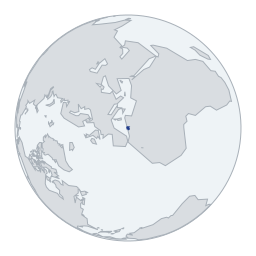 Médéa highlighted on a globe, orthographic projection, rotated 269°
{"feature_id": "DZA-2213", "entity_name": "Médéa", "entity_type": "Province", "adm_level": 1, "iso_a3": "DZA", "parent_name": "Algeria", "parent_adm1": "", "projection": "orthographic", "projection_center": [2.97, 35.965], "detail": "fine", "context": "on_globe", "style": "filled", "palette": "blue", "viewbox_px": 256, "rotation_deg": 269, "n_neighbors": 0, "source": "natural_earth", "source_scale": "10m", "svg_char_len": 9840}
<svg xmlns="http://www.w3.org/2000/svg" viewBox="0 0 256 256"><g transform="rotate(269 128 128)"><circle cx="128" cy="128" r="113" fill="#eef3f6" stroke="#a8b0b8"/><path d="M58.5,39.4L59.7,38.4L68.5,33.1L65.6,35.0L68.1,33.8L71.9,31.4L73.8,30.2L87.5,25.0L100.7,20.5L103.3,19.1L103.9,19.6L107.9,17.4L114.1,16.2L108.0,17.6L108.1,17.8L112.8,16.9L113.9,17.0L116.8,16.8L117.7,17.1L114.1,18.1L114.6,18.5L117.8,17.8L120.8,18.0L115.9,18.8L120.6,19.3L115.4,21.8L101.6,24.8L99.6,27.5L87.8,34.4L89.8,34.4L86.5,37.4L87.6,38.7L85.1,39.9L88.1,39.9L90.2,38.6L92.2,38.2L93.0,38.9L89.9,40.5L89.1,40.3L88.6,41.2L86.7,41.7L88.1,41.8L84.3,43.8L89.3,43.0L87.2,45.5L84.4,46.5L83.2,44.9L73.7,44.3L70.4,45.4L67.1,48.2L63.9,56.3L60.9,58.3L58.0,62.1L60.3,61.5L63.4,58.4L66.9,58.6L70.3,55.1L72.2,54.8L76.3,52.0L77.3,54.2L76.0,57.8L72.7,60.3L72.0,62.1L76.5,61.3L71.5,67.7L70.4,75.5L69.0,77.1L63.8,77.1L60.6,72.8L53.9,73.9L59.8,75.1L56.1,79.7L56.1,81.4L57.2,82.4L59.3,81.5L58.3,83.6L52.1,82.9L52.9,81.0L54.8,81.1L53.3,79.3L49.1,79.3L47.5,81.9L42.8,80.2L41.7,82.1L40.0,83.0L42.2,79.9L38.1,85.5L32.4,86.0L26.8,96.1L30.6,85.8L30.9,82.5L30.7,79.6L29.7,81.2L30.9,76.0L29.6,75.5L25.8,81.7L22.7,88.9L21.7,93.7L23.0,91.8L23.2,94.5L19.7,100.9L19.6,108.0L17.6,114.1L17.1,119.2L17.9,121.2L18.4,125.9L19.9,124.1L21.9,125.4L20.7,130.9L22.7,127.8L23.2,132.3L27.8,138.7L27.2,139.4L30.9,151.3L36.8,159.8L38.1,165.1L37.3,166.8L39.7,169.5L39.8,171.1L51.4,180.9L58.7,188.4L59.4,193.7L55.1,196.8L55.5,206.3L49.0,204.4L50.3,207.6L50.2,209.4L46.6,205.8L41.1,199.7L36.2,193.2L31.7,186.4L27.7,179.2L26.5,176.9L24.4,172.2L21.0,163.3L16.6,144.4L16.4,140.6L16.0,136.7L17.3,133.2L17.9,124.9L17.7,122.3L16.9,123.6L17.1,113.8L18.4,106.5L23.3,86.5L26.7,78.7L30.7,71.2L35.3,64.0L40.4,57.2L46.0,50.8L52.0,44.9L58.5,39.4ZM25.0,99.0L25.0,110.2L23.4,107.1L24.0,106.9L24.4,103.3L24.5,98.5L23.6,96.2L25.0,99.0ZM28.6,96.7L28.4,95.2L28.8,96.3L28.6,96.7ZM74.5,29.8L71.9,31.4L68.0,33.7L70.1,32.2L74.5,29.8ZM82.0,26.2L81.1,26.9L78.4,27.7L79.8,27.1L82.0,26.2ZM105.0,18.2L102.6,18.9L104.5,18.3L105.0,18.2ZM117.0,16.7L117.3,16.5L118.7,16.5L117.0,16.7ZM75.5,51.1L75.9,51.6L74.9,51.8L75.5,51.1ZM76.9,49.5L75.5,49.5L76.0,48.8L76.8,48.8L76.9,49.5ZM121.3,17.0L123.4,17.1L120.7,17.1L121.3,17.0ZM78.5,49.8L77.0,47.5L77.8,46.3L81.7,45.4L78.5,49.8ZM124.2,17.3L129.3,17.9L130.5,17.4L130.1,19.2L125.9,18.0L122.3,18.0L124.3,17.7L124.2,17.3ZM90.5,37.9L88.3,39.3L89.3,37.5L90.5,37.9ZM90.7,36.9L91.0,32.4L94.7,30.9L93.8,32.6L97.9,30.3L99.5,31.7L97.6,33.3L94.9,34.0L97.6,34.0L90.7,36.9ZM129.1,20.2L129.8,20.6L128.3,20.4L129.1,20.2ZM93.1,38.0L92.8,37.1L95.9,35.7L97.0,37.1L95.7,37.1L93.1,38.0ZM98.2,29.1L100.7,28.4L102.7,29.3L103.9,29.2L99.8,31.6L98.2,29.1ZM95.4,37.8L97.5,38.0L96.7,39.3L93.5,38.7L95.4,37.8ZM96.3,34.8L97.8,34.2L97.3,35.0L96.3,34.8ZM95.3,44.5L95.0,43.4L96.6,42.5L95.3,44.5ZM98.3,37.9L98.5,37.5L99.1,37.0L100.3,37.4L98.3,37.9ZM101.5,32.2L101.8,32.8L103.3,31.2L104.8,32.0L101.8,33.5L103.8,33.2L104.2,33.4L101.2,34.4L101.5,32.2ZM103.3,36.6L100.0,39.1L100.4,41.3L98.9,42.1L98.7,38.4L103.3,36.6ZM102.4,35.2L102.6,36.2L100.7,36.6L99.4,36.2L102.4,35.2ZM107.0,32.0L105.4,30.5L106.1,30.2L107.0,32.0ZM103.8,37.2L104.6,36.6L104.0,37.3L103.8,37.2ZM106.4,33.5L105.8,32.9L106.6,32.6L106.4,33.5ZM106.7,36.0L105.6,36.7L104.7,36.4L106.7,36.0ZM106.9,34.8L108.2,34.5L105.0,35.8L106.4,34.6L106.9,34.8ZM107.3,33.3L107.6,33.0L107.5,33.6L107.3,33.3ZM111.0,36.9L107.2,38.7L105.0,37.9L109.0,36.3L111.0,36.9ZM159.3,19.8L156.1,19.5L144.5,18.2L149.5,18.6L149.4,19.0L151.8,19.6L155.3,20.0L155.1,19.8L165.8,24.0L176.2,27.9L173.0,25.8L173.8,25.6L182.8,29.6L199.3,40.8L199.8,41.2L202.9,43.9L203.4,44.4L201.4,42.7L205.3,46.5L202.6,44.3L207.1,48.7L208.4,49.6L205.9,46.8L210.9,51.9L211.6,52.5L218.1,60.4L223.8,68.8L228.8,77.7L228.8,77.8L231.3,83.3L231.9,84.6L236.8,98.7L236.7,98.9L238.5,106.3L239.1,109.5L237.8,103.4L235.5,96.8L236.2,101.5L235.0,98.0L231.8,94.4L232.2,101.0L233.7,117.0L235.9,126.4L235.5,132.8L230.1,124.0L226.4,116.2L225.2,119.2L219.0,115.6L210.5,123.1L208.6,121.4L207.2,124.0L202.6,124.1L199.4,121.1L197.0,123.0L205.4,130.7L207.9,128.7L209.0,122.8L211.0,126.1L215.2,126.9L213.1,139.6L199.4,157.1L196.9,150.4L180.2,134.8L180.0,132.2L179.9,132.0L179.6,131.5L179.3,135.9L176.0,132.6L186.2,144.8L188.5,150.6L199.2,157.7L198.5,159.3L201.6,160.1L210.1,152.2L210.4,154.6L207.1,168.1L194.4,188.6L195.4,196.6L193.3,204.0L183.9,211.8L183.2,216.2L178.1,219.4L176.8,221.9L171.9,225.6L164.2,229.5L152.8,231.9L153.2,230.2L149.3,227.1L144.3,216.8L148.4,210.6L147.9,205.9L139.4,195.6L141.4,188.7L138.8,186.0L133.7,187.1L130.6,183.8L127.5,183.8L106.7,185.8L99.7,180.6L89.7,164.7L92.9,159.1L92.3,151.7L113.9,127.8L119.8,129.3L138.2,124.9L140.7,125.6L140.0,131.8L155.0,136.9L158.1,131.2L170.3,132.3L177.5,129.8L177.5,118.0L165.7,121.8L162.3,117.0L170.5,109.3L180.6,106.3L179.6,104.3L172.0,102.0L173.1,97.3L169.3,100.9L171.7,102.4L169.4,104.8L167.0,103.7L167.5,101.9L164.1,102.0L162.7,110.6L165.0,113.0L156.9,116.6L160.1,121.2L158.3,124.1L152.3,117.5L152.0,114.7L141.9,108.2L141.5,111.4L151.0,117.9L148.6,117.7L148.2,122.7L146.6,118.8L136.3,111.3L128.2,114.1L119.9,126.4L114.8,127.5L109.5,125.1L110.4,113.0L121.9,112.1L122.3,108.2L118.2,102.8L122.0,103.1L121.8,101.0L125.9,100.4L130.0,94.8L134.0,93.9L133.9,87.2L136.0,85.9L135.4,90.1L137.2,92.7L146.8,90.7L148.2,89.0L147.4,85.0L150.1,85.1L148.1,81.5L152.8,78.7L145.3,79.2L144.2,74.9L146.1,71.0L144.4,69.8L141.2,76.2L141.2,78.8L143.3,80.7L142.0,88.3L139.1,90.0L135.4,82.8L130.8,84.6L129.9,78.6L138.9,64.3L143.5,61.0L154.6,63.8L154.5,66.6L150.5,67.0L155.8,70.3L154.6,68.3L156.9,68.5L156.4,64.9L158.0,64.9L154.7,61.5L156.6,61.2L158.6,63.3L159.5,58.1L163.0,56.6L162.4,55.5L160.8,54.6L166.3,53.6L165.6,52.8L163.5,52.8L160.8,51.3L158.2,48.3L160.3,48.2L161.5,49.2L167.1,51.3L170.0,54.3L170.6,54.0L168.6,51.3L161.7,48.7L159.6,47.0L162.9,47.8L161.5,47.4L161.1,46.5L162.6,45.5L159.0,44.5L151.5,36.1L153.7,33.8L157.5,35.2L154.4,30.1L157.1,28.4L155.2,28.3L152.4,26.2L151.6,26.7L150.4,26.5L143.0,22.1L142.8,21.1L137.5,19.7L136.5,19.7L136.3,20.3L130.1,19.2L130.5,17.4L132.7,17.4L131.4,16.6L136.6,16.8L140.4,16.8L146.8,17.8L149.2,18.0L148.4,17.7L151.1,17.9L159.2,19.8L159.3,19.8ZM108.1,140.8L107.9,143.1L108.1,140.8ZM192.5,108.7L197.7,106.1L193.2,100.5L194.8,99.2L192.7,97.9L192.8,100.2L187.3,96.4L188.8,93.1L187.1,90.5L185.2,91.3L183.4,98.0L191.3,103.2L191.0,106.7L192.5,108.7ZM28.0,138.8L28.4,140.6L27.6,139.6L28.0,138.8ZM22.4,108.8L22.8,110.3L22.7,111.8L22.3,111.0L22.4,108.8ZM27.6,120.4L28.4,122.4L27.2,121.3L27.6,120.4ZM25.2,111.8L26.9,119.0L24.6,117.4L23.6,113.0L24.8,114.7L25.2,111.8ZM26.7,99.1L26.8,100.4L26.2,101.1L26.7,99.1ZM28.8,97.5L28.7,97.2L29.0,96.0L28.8,97.5ZM56.4,79.7L56.9,79.9L57.7,81.2L56.6,81.3L56.4,79.7ZM65.6,83.7L63.9,87.1L64.3,84.6L62.4,85.2L61.1,80.9L68.2,77.8L65.2,79.8L65.6,83.7ZM61.2,74.7L61.3,77.5L60.9,74.6L61.2,74.7ZM116.2,90.4L118.2,91.7L117.4,94.2L112.4,96.2L113.4,92.4L116.2,90.4ZM121.2,92.9L118.9,85.7L121.9,84.4L120.6,86.3L122.8,86.2L121.3,89.2L126.5,95.5L126.1,98.2L117.0,99.9L120.2,97.7L118.1,96.5L121.2,92.9ZM107.6,71.7L106.7,69.2L114.5,69.6L114.5,72.0L109.5,73.9L106.5,72.2L107.6,71.7ZM85.7,49.0L84.8,48.5L85.7,48.0L87.1,48.0L85.7,49.0ZM95.0,44.1L90.4,50.8L89.2,50.6L87.9,55.2L84.2,56.3L85.1,53.2L81.3,57.8L80.7,55.4L78.5,58.6L80.9,51.6L80.2,49.8L82.4,51.3L85.9,50.2L87.1,49.3L90.2,45.4L90.3,41.5L93.7,40.1L96.1,40.1L96.6,40.8L94.2,41.5L96.6,42.0L93.5,43.5L95.0,44.1ZM122.2,45.2L119.3,45.0L123.5,47.5L120.5,48.6L121.2,48.8L119.5,50.5L118.7,53.0L117.1,53.2L117.5,54.2L116.4,55.4L116.4,56.8L113.5,57.7L113.3,59.5L112.1,58.9L112.4,61.9L110.9,60.1L109.3,61.7L111.6,62.6L96.2,65.2L90.9,68.2L87.4,71.7L85.2,68.5L87.2,63.3L91.4,58.0L96.8,55.8L94.8,54.9L96.9,53.6L97.5,54.8L97.7,52.2L99.5,51.6L103.2,47.6L102.3,44.6L103.6,43.2L104.9,44.0L105.3,42.1L108.7,42.8L109.7,41.9L114.1,41.8L116.0,44.3L117.0,43.1L120.3,43.2L122.2,45.2ZM112.2,37.0L115.1,39.4L114.9,41.2L107.5,40.6L106.1,41.3L101.3,41.3L101.7,38.7L103.0,38.9L104.4,38.6L103.7,39.5L105.3,38.5L107.2,38.8L108.9,38.2L109.4,39.1L112.2,37.0ZM142.8,123.0L144.6,123.0L147.2,122.3L147.0,125.5L142.8,123.0ZM135.7,118.0L137.2,117.4L138.2,121.3L136.3,121.5L135.7,118.0ZM137.2,113.9L137.2,117.1L136.1,115.4L137.2,113.9ZM136.7,89.5L138.3,88.7L138.7,89.6L138.3,91.2L136.7,89.5ZM134.3,53.9L132.6,53.2L132.9,52.7L130.6,50.1L132.7,49.3L134.9,50.5L134.3,53.9ZM176.0,120.6L174.4,123.4L173.1,122.8L173.9,121.9L176.0,120.6ZM160.4,125.0L164.3,125.5L160.3,125.9L160.4,125.0ZM136.2,52.6L135.0,51.6L136.8,51.8L136.2,52.6ZM134.1,48.6L136.0,48.6L132.7,48.9L134.1,48.6ZM208.1,195.1L199.1,209.5L195.1,211.7L195.5,209.0L199.6,201.1L204.7,196.4L207.5,191.8L208.1,195.1ZM240.1,117.4L240.0,116.6L239.9,115.1L240.1,117.4ZM236.2,126.9L237.7,130.6L237.3,132.9L236.2,126.9ZM152.3,46.1L153.1,50.4L155.0,53.3L158.3,54.6L154.0,54.8L151.1,50.2L152.3,46.1ZM151.4,37.3L148.6,36.5L149.5,35.8L150.3,35.9L151.4,37.3ZM149.9,37.5L146.9,38.5L145.1,37.4L147.8,36.8L149.9,37.5ZM141.6,45.1L141.7,46.4L140.3,46.1L141.6,45.1ZM178.1,27.1L178.6,27.4L172.4,25.2L170.5,24.5L173.8,25.2L175.0,25.7L177.0,26.6L177.4,26.8L178.1,27.1ZM130.7,20.4L129.9,20.6L129.9,20.2L130.7,20.4ZM150.0,26.8L148.5,26.5L148.6,25.9L150.0,26.8ZM144.4,25.5L145.3,26.3L143.5,25.5L144.4,25.5ZM147.5,28.3L145.2,26.7L148.6,28.1L147.5,28.3Z" fill="#d9dde1" stroke="#a8b0b8" stroke-width="1"/><path d="M126.8,128.8L126.9,128.7L126.7,128.6L126.8,128.5L126.8,128.4L127.0,128.2L127.2,127.9L127.4,127.7L127.5,127.6L127.4,127.5L127.2,127.5L127.2,127.4L127.3,127.4L127.5,127.3L127.5,127.2L127.8,127.2L128.0,127.2L128.3,127.1L128.5,127.0L128.8,127.1L129.0,127.2L129.0,127.3L128.9,127.3L129.0,127.5L128.9,127.7L128.9,127.8L129.0,127.9L129.0,128.1L129.0,128.3L128.9,128.3L128.9,128.5L128.8,128.4L128.7,128.3L128.4,128.3L128.4,128.5L128.2,128.6L128.1,128.4L127.9,128.3L127.9,128.5L127.7,128.8L127.6,129.0L127.4,129.0L127.3,128.9L127.2,128.9L126.9,129.0L126.8,128.8Z" fill="#3b82f6" stroke="#1e3a8a" stroke-width="1.5"/></g></svg>